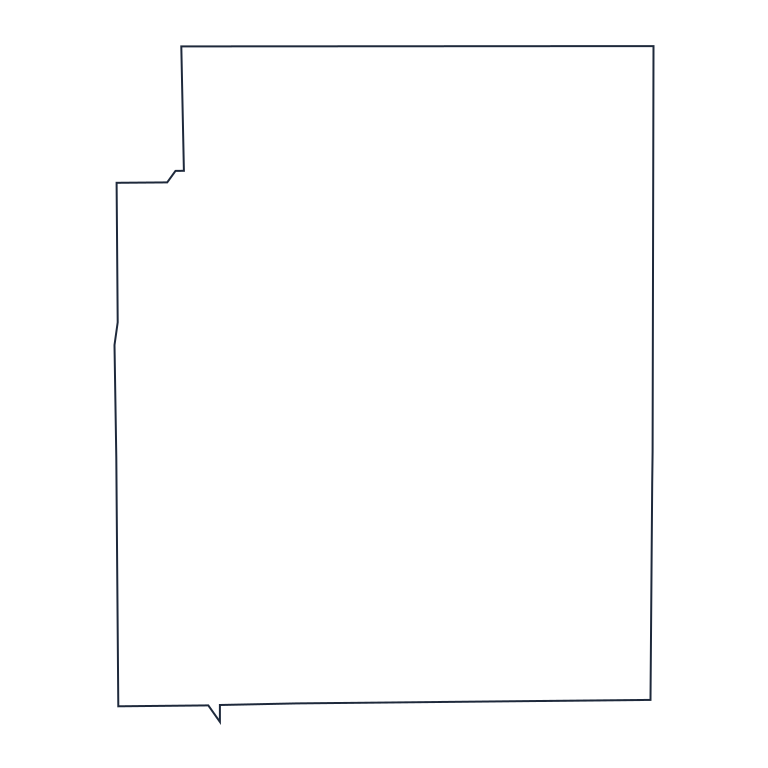 outline of Coffee, Alabama, United States of America
{"feature_id": "52423323B95617372231955", "entity_name": "Coffee", "entity_type": "district", "adm_level": 2, "iso_a3": "USA", "parent_name": "United States of America", "parent_adm1": "Alabama", "projection": "mercator", "projection_center": [-86.052, 31.4], "detail": "fine", "context": "isolated", "style": "outline", "palette": "slate", "viewbox_px": 768, "rotation_deg": 0, "n_neighbors": 0, "source": "geoboundaries", "source_scale": "gbopen_adm2", "svg_char_len": 341}
<svg xmlns="http://www.w3.org/2000/svg" viewBox="0 0 768 768"><path d="M650.5,699.9L652.2,483.2L652.6,451.8L653.5,46.1L181.3,46.4L183.9,170.8L175.5,170.9L167.2,182.4L116.6,182.8L117.7,322.3L114.5,345.0L116.3,457.8L118.3,706.3L208.3,705.4L219.9,721.9L219.9,705.0L296.9,703.4L650.5,699.9Z" fill="none" stroke="#1e293b" stroke-width="2"/></svg>